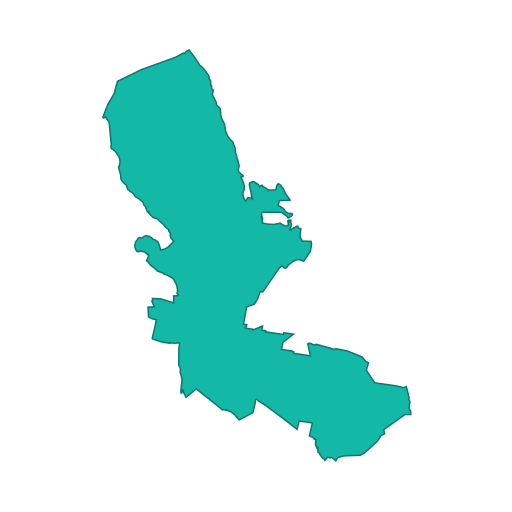 Chalco, México, Mexico (Robinson projection), rotated 264°
{"feature_id": "50627088B19428409009484", "entity_name": "Chalco", "entity_type": "district", "adm_level": 2, "iso_a3": "MEX", "parent_name": "Mexico", "parent_adm1": "México", "projection": "robinson", "projection_center": [-98.836, 19.238], "detail": "fine", "context": "isolated", "style": "filled", "palette": "teal", "viewbox_px": 512, "rotation_deg": 264, "n_neighbors": 0, "source": "geoboundaries", "source_scale": "gbopen_adm2", "svg_char_len": 6095}
<svg xmlns="http://www.w3.org/2000/svg" viewBox="0 0 512 512"><g transform="rotate(264 256 256)"><path d="M247.2,300.1L245.8,302.9L254.8,310.5L261.8,312.5L264.8,312.3L266.1,303.1L267.2,303.2L270.2,301.9L273.8,302.3L278.6,303.5L278.9,301.8L279.9,300.8L281.1,300.7L280.9,300.3L281.4,300.2L279.5,294.9L278.4,293.8L278.2,293.3L278.4,292.1L282.2,294.2L283.9,294.6L285.1,294.1L288.1,294.3L288.0,292.6L287.2,293.0L286.5,292.6L286.5,291.7L288.0,291.9L287.8,291.4L283.4,291.4L283.1,291.3L282.6,289.1L282.7,288.4L282.9,288.0L284.5,285.5L286.3,283.3L285.8,281.9L285.6,276.4L286.5,271.1L288.0,265.9L289.5,266.0L290.1,265.7L290.3,266.0L291.4,265.9L291.7,266.2L292.3,265.8L292.6,265.9L292.6,266.2L292.9,266.0L293.3,266.4L293.6,266.4L293.3,266.0L293.3,265.4L294.4,265.3L295.6,265.9L295.6,265.6L296.6,265.6L297.2,265.7L298.9,267.0L296.7,286.0L292.0,291.2L290.8,291.5L290.4,291.9L291.0,293.6L291.5,294.1L291.8,295.2L292.5,296.1L293.1,296.4L294.4,296.4L294.8,294.8L294.8,293.3L295.6,291.8L296.8,290.2L297.7,289.4L298.4,289.4L299.8,288.6L301.0,287.5L301.9,286.3L302.2,285.5L302.8,285.5L303.9,283.2L308.7,285.1L307.9,294.2L308.0,295.6L309.3,294.8L309.3,295.1L314.8,292.0L320.7,289.9L321.6,289.0L323.8,288.0L325.2,286.5L325.4,285.4L324.3,284.3L322.4,283.4L320.8,283.3L319.7,282.2L320.1,276.6L319.9,275.2L320.5,275.3L321.3,274.1L324.3,270.4L325.8,269.3L324.7,266.8L327.0,265.6L329.9,262.1L330.2,260.4L329.5,257.4L326.8,256.7L325.9,257.1L325.0,257.0L324.6,257.2L322.7,257.3L322.6,257.5L321.5,257.4L320.1,257.7L319.0,257.6L317.4,257.9L316.1,257.7L315.7,258.0L314.8,257.9L313.0,258.4L314.2,256.7L314.9,254.0L311.7,251.3L313.5,250.3L318.0,249.4L320.3,249.6L323.9,251.5L325.2,251.3L325.5,251.6L326.8,251.6L329.7,251.3L336.0,249.4L336.3,250.1L336.3,251.1L336.8,251.6L337.6,251.5L340.1,248.6L341.7,247.6L344.3,247.4L345.9,248.2L347.3,248.6L348.7,248.6L350.5,248.2L353.4,247.9L355.6,247.3L357.8,247.2L360.4,246.5L365.8,246.5L369.3,245.4L371.9,244.9L374.9,242.3L378.1,240.4L383.3,238.9L389.8,238.5L391.2,238.2L396.0,236.4L398.8,235.7L405.5,235.9L406.4,235.7L407.6,235.0L409.4,233.0L410.8,232.6L413.0,232.5L420.7,229.6L421.3,229.5L425.0,230.8L425.7,230.6L426.9,229.6L428.4,229.4L429.9,229.6L431.0,228.8L434.5,229.2L435.6,229.0L436.6,228.0L439.8,228.0L441.5,227.2L447.7,223.5L450.6,221.2L451.0,220.4L460.2,215.6L468.0,210.9L466.7,207.8L464.9,206.4L465.5,204.9L462.1,197.0L453.4,161.6L444.2,136.5L434.4,132.6L433.0,132.4L422.4,124.6L410.0,118.2L409.1,118.9L410.0,120.8L404.5,123.9L381.9,123.7L378.9,123.1L378.0,123.4L376.8,125.0L375.4,126.4L372.9,128.1L369.7,129.7L368.0,130.3L365.8,130.6L363.7,130.6L360.5,129.7L358.7,128.5L351.3,129.8L347.7,129.7L345.9,129.9L343.5,131.4L340.1,134.3L335.5,135.5L334.6,136.6L333.0,137.7L332.5,139.1L329.8,141.2L327.6,142.2L325.7,144.9L323.0,147.5L321.6,149.2L319.0,149.6L318.2,150.0L316.6,151.3L313.8,151.8L311.5,152.6L311.0,153.9L310.5,153.5L306.9,156.1L305.6,157.3L304.9,158.3L304.2,159.2L303.9,160.6L303.4,161.5L302.0,163.0L300.8,163.7L296.8,167.5L294.0,169.1L292.0,171.3L291.2,171.9L289.9,171.8L289.8,172.1L288.0,172.9L287.3,173.1L285.2,172.8L283.2,173.1L281.9,173.8L279.4,175.7L277.8,174.1L274.3,169.8L273.6,168.6L272.5,166.0L271.9,161.6L272.3,161.5L272.6,161.8L278.5,160.5L280.3,159.8L281.1,159.2L281.3,158.4L282.2,157.8L283.0,156.4L283.3,155.4L285.4,153.9L286.3,152.0L286.7,152.0L286.8,151.3L286.6,151.1L287.8,148.9L287.1,146.4L285.7,144.3L286.5,142.5L286.5,141.7L286.2,141.0L282.4,137.7L279.7,136.7L277.3,136.5L275.2,137.0L273.5,137.7L272.7,138.4L272.6,139.1L272.9,140.1L272.7,140.4L273.0,142.3L271.4,146.0L269.4,147.7L269.0,148.6L268.6,148.5L267.4,149.4L262.9,146.6L262.0,147.2L261.2,148.3L260.6,148.5L259.2,149.5L258.6,149.5L258.3,150.1L257.7,150.4L256.1,152.0L254.7,153.8L253.4,154.6L251.9,156.1L251.2,156.3L250.6,158.1L249.7,159.4L249.7,159.8L249.2,161.1L248.3,162.2L247.5,162.6L247.5,163.0L246.9,164.5L244.3,168.6L243.6,169.2L242.9,170.5L242.2,170.9L241.3,172.0L240.1,172.1L238.5,172.7L237.8,173.3L234.6,174.1L230.8,174.4L229.0,174.2L227.3,173.5L225.6,174.4L224.8,174.3L224.9,169.8L223.9,169.9L218.0,169.2L223.3,157.0L224.6,148.6L222.1,148.5L222.0,147.7L216.0,149.5L216.5,143.3L211.8,143.0L206.6,142.7L204.2,146.6L203.2,150.2L197.5,148.5L185.1,144.2L184.2,144.6L180.8,152.3L179.6,155.2L179.9,155.2L178.3,160.7L178.7,160.6L177.7,166.7L177.7,170.0L176.9,170.8L171.9,169.6L155.8,167.8L151.8,169.0L148.2,168.4L145.4,169.0L140.5,169.5L130.0,167.2L127.5,167.1L127.5,167.8L130.5,169.1L129.9,169.5L127.9,169.7L122.8,171.7L130.0,182.7L119.7,193.2L119.6,193.5L106.6,206.4L106.2,210.2L105.5,210.1L105.5,211.0L103.7,214.7L100.6,217.9L100.8,218.0L98.1,219.6L98.2,219.8L97.6,220.3L97.4,220.1L94.7,222.2L100.6,236.6L111.0,240.2L113.2,240.3L113.6,241.6L111.6,243.3L107.7,248.2L107.9,248.2L91.3,266.3L79.3,278.7L80.1,278.8L80.8,279.3L87.4,281.6L84.1,294.6L71.5,290.3L69.5,293.6L68.2,294.8L68.8,295.2L67.6,294.9L67.2,296.3L62.0,295.4L58.2,296.7L58.7,297.6L54.3,297.1L53.0,299.0L51.9,298.7L47.7,301.4L46.7,303.0L45.7,303.2L48.2,305.9L47.8,308.2L47.3,308.7L47.7,309.2L47.6,310.6L44.0,314.0L46.9,315.9L47.9,321.4L47.9,324.7L46.9,338.7L48.8,343.3L58.5,356.7L63.4,361.0L63.9,360.8L65.8,365.4L69.9,364.8L82.7,387.4L82.2,393.4L85.6,393.6L87.2,392.7L89.3,392.5L93.4,393.4L94.2,393.8L95.6,393.7L97.6,393.0L99.2,393.5L102.0,392.9L102.7,393.0L110.5,391.8L109.6,389.0L111.9,382.7L112.9,379.1L117.4,360.9L130.8,353.8L138.1,356.7L139.7,354.1L144.6,350.9L152.0,336.9L155.4,326.1L155.1,324.7L155.6,321.9L157.1,319.6L157.1,318.7L159.1,314.0L160.3,310.3L160.5,310.4L161.9,306.7L161.2,306.3L162.4,302.3L163.1,302.0L163.8,299.2L163.1,298.9L163.1,298.3L151.0,299.7L155.3,283.4L155.8,283.2L156.9,283.4L157.4,281.6L157.9,281.7L160.3,271.6L167.2,273.7L174.4,285.1L176.8,275.6L175.1,275.1L179.6,257.5L180.7,257.8L181.6,254.0L185.7,255.2L182.7,245.3L183.4,245.4L185.5,237.8L186.8,238.9L188.7,239.7L189.4,236.4L206.3,241.4L208.4,249.5L213.4,253.3L220.1,256.3L219.6,258.9L241.2,277.6L243.2,279.7L243.4,280.4L243.2,281.2L242.6,281.8L241.7,282.1L241.0,283.0L240.8,284.1L241.2,285.2L243.2,286.8L244.0,287.9L247.2,293.1L247.2,293.7L248.0,296.3L247.7,300.1L247.2,300.1Z" fill="#14b8a6" stroke="#0f766e" stroke-width="1.5"/></g></svg>